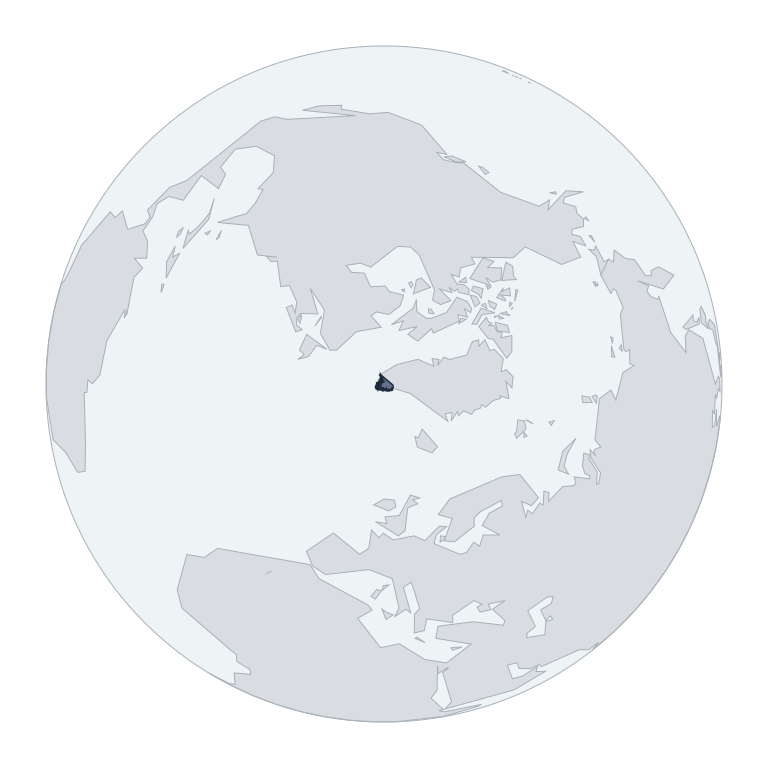 globe centered on Kommune Kujalleq, rotated 84°
{"feature_id": "GRL-2740", "entity_name": "Kommune Kujalleq", "entity_type": "state/province", "adm_level": 1, "iso_a3": "GRL", "parent_name": "Greenland", "parent_adm1": "", "projection": "orthographic", "projection_center": [-44.745, 61.276], "detail": "fine", "context": "on_globe", "style": "filled", "palette": "slate", "viewbox_px": 768, "rotation_deg": 84, "n_neighbors": 0, "source": "natural_earth", "source_scale": "10m", "svg_char_len": 16141}
<svg xmlns="http://www.w3.org/2000/svg" viewBox="0 0 768 768"><g transform="rotate(84 384 384)"><circle cx="384" cy="384" r="338" fill="#eef3f6" stroke="#a8b0b8"/><path d="M250.9,694.6L247.5,690.8L239.0,685.1L214.3,670.1L184.1,638.2L190.3,633.9L184.5,626.1L203.4,622.8L199.8,605.2L193.4,599.1L186.3,601.0L166.0,576.6L160.8,558.4L109.7,479.0L106.9,464.7L110.7,452.4L114.1,384.4L103.2,436.5L100.6,419.3L102.4,396.8L106.2,397.8L113.8,369.9L114.3,351.3L130.5,319.5L162.2,297.5L159.1,307.5L167.1,301.5L171.4,288.8L172.3,281.9L205.6,247.9L223.4,211.2L218.3,200.2L227.8,202.6L210.9,182.8L213.7,165.6L217.2,184.9L222.6,186.9L227.8,174.8L234.5,174.3L240.8,168.4L248.3,169.1L249.8,180.8L254.7,181.7L258.0,173.2L267.7,168.9L262.0,181.2L278.3,175.1L283.7,194.9L262.4,229.2L271.9,242.3L267.1,283.8L274.0,281.0L276.6,295.7L285.5,298.1L282.1,305.6L292.2,301.1L293.7,293.8L298.6,289.5L304.0,290.4L300.6,300.0L297.3,300.9L299.1,304.2L295.1,308.7L300.2,307.0L295.4,318.8L308.1,308.7L310.9,319.4L305.6,326.9L295.8,323.9L259.0,335.7L250.6,343.2L248.5,356.3L266.4,385.0L261.3,394.6L262.1,409.2L269.6,404.6L271.7,391.8L285.8,387.4L286.7,372.7L292.6,369.0L297.7,355.2L308.0,359.8L315.3,372.0L311.6,383.9L314.7,389.8L327.2,380.8L329.1,405.9L345.4,427.8L344.7,434.3L327.0,442.0L304.2,435.4L281.3,447.3L307.4,442.5L305.1,459.6L309.4,463.9L316.1,464.9L321.4,459.7L322.9,466.4L297.7,473.2L295.9,467.1L303.9,464.9L293.2,462.2L276.2,467.7L276.4,476.5L250.6,477.2L250.4,483.6L244.6,487.6L246.7,477.2L242.5,496.3L212.1,502.3L205.9,532.7L199.9,502.6L190.3,492.8L177.9,484.1L176.6,488.9L162.2,472.0L145.5,469.0L134.2,486.3L134.9,507.5L151.4,523.9L158.9,519.6L172.4,528.2L157.5,543.9L180.3,564.4L175.0,578.5L181.0,590.9L193.7,596.7L206.5,607.8L217.4,604.2L234.1,606.8L232.8,619.2L243.4,611.9L251.8,621.5L286.2,632.0L283.1,634.1L311.8,655.0L345.4,665.7L353.2,674.0L348.9,678.1L361.2,680.3L361.4,683.1L412.0,687.1L439.6,690.4L439.8,698.0L418.8,707.7L404.8,718.9L368.5,720.8L362.6,721.2L333.9,718.2L305.6,712.7L277.9,704.8L250.9,694.6ZM85.4,231.2L88.3,227.6L84.8,233.9L85.4,231.2ZM91.2,222.7L90.0,224.5L91.3,222.5L91.2,222.7ZM93.0,219.5L91.7,221.8L92.9,219.4L93.0,219.5ZM95.0,215.4L94.0,217.5L94.0,217.4L95.0,215.4ZM201.9,541.1L228.2,569.8L210.8,562.6L214.6,562.0L208.4,552.7L196.1,539.8L181.5,533.4L201.9,541.1ZM99.2,208.5L100.3,206.7L99.6,208.3L99.2,208.5ZM219.1,533.4L214.3,529.5L219.3,532.2L219.1,533.4ZM171.6,279.0L170.8,288.6L164.4,300.6L164.3,292.6L171.6,279.0ZM184.7,257.5L186.2,261.5L177.2,267.0L179.1,263.0L184.7,257.5ZM213.1,192.8L211.2,199.4L210.8,193.2L213.1,192.8ZM240.4,167.5L238.8,165.8L242.8,163.5L240.4,167.5ZM291.7,353.6L294.6,354.4L292.1,356.6L291.7,353.6ZM291.1,347.0L286.1,349.0L285.1,346.1L288.2,345.0L291.1,347.0ZM257.9,162.5L264.8,159.5L258.0,164.6L257.9,162.5ZM297.4,345.4L284.0,340.9L282.3,336.0L292.7,327.6L297.4,345.4ZM268.9,159.1L285.5,152.2L283.4,147.8L298.6,156.9L279.5,159.4L271.5,166.2L273.0,160.8L268.9,159.1ZM291.8,291.2L290.5,298.9L286.5,291.7L291.8,291.2ZM288.0,287.6L268.9,272.5L273.5,261.8L279.0,268.9L280.9,254.7L292.6,256.9L294.1,265.2L288.8,271.6L297.3,267.6L288.0,287.6ZM304.4,163.2L308.6,163.5L304.4,165.5L304.4,163.2ZM300.2,287.3L296.0,285.0L299.6,275.5L308.9,278.4L304.7,280.5L300.2,287.3ZM275.7,250.1L280.1,243.8L290.7,243.8L293.9,241.4L293.3,256.1L275.7,250.1ZM306.6,283.1L313.5,280.1L316.7,285.5L304.7,288.9L306.6,283.1ZM296.7,272.0L298.9,267.7L300.7,270.9L296.7,272.0ZM331.9,303.4L326.7,300.6L328.1,295.4L331.9,303.4ZM315.8,278.7L314.7,276.8L314.7,274.5L319.7,273.8L315.8,278.7ZM300.8,255.2L304.3,256.6L301.6,249.1L309.5,249.0L307.6,259.0L311.7,254.7L314.1,254.7L309.9,262.9L300.8,255.2ZM324.8,266.2L325.2,279.3L334.5,285.5L333.5,290.3L318.7,279.4L324.8,266.2ZM316.4,263.5L321.4,266.2L317.6,270.6L311.8,271.4L316.4,263.5ZM315.5,245.5L303.9,243.0L304.7,241.0L315.5,245.5ZM328.3,267.1L328.1,264.0L329.4,267.0L328.3,267.1ZM320.2,251.1L316.0,250.4L317.1,248.1L320.2,251.1ZM331.3,258.4L331.4,262.5L327.5,263.1L331.3,258.4ZM326.9,254.3L329.3,251.3L326.1,260.9L324.8,254.4L326.9,254.3ZM321.9,249.0L321.1,247.4L323.5,249.6L321.9,249.0ZM346.0,253.8L342.9,265.7L334.3,267.0L338.5,255.2L346.0,253.8ZM598.8,123.1L599.8,124.1L618.7,141.0L634.5,157.2L653.3,179.9L670.0,204.1L670.1,204.3L663.5,198.0L669.6,208.2L668.7,217.8L681.6,257.3L678.9,258.5L682.4,268.0L681.0,279.5L675.2,280.7L676.4,290.7L690.6,287.1L688.8,276.5L681.0,260.7L685.8,263.0L686.6,253.5L701.8,286.7L713.6,357.4L707.2,350.0L677.1,355.8L673.8,350.6L673.3,350.3L672.5,350.0L677.5,360.2L669.8,360.2L694.0,363.2L701.3,370.1L713.9,358.9L714.5,363.8L716.3,357.8L712.8,320.6L714.4,324.6L720.7,359.2L721.2,406.1L718.7,430.5L714.4,454.7L708.4,478.6L700.7,501.9L691.3,524.6L680.2,546.6L667.6,567.7L653.5,587.9L665.4,569.8L667.3,563.5L655.7,563.2L658.8,547.0L653.8,547.2L644.6,559.3L637.8,559.2L631.4,565.5L585.7,608.4L566.9,611.2L533.0,597.8L537.7,580.8L530.1,566.8L555.9,476.5L570.9,468.8L602.0,423.1L607.6,419.5L614.3,434.7L645.9,415.0L643.9,396.0L662.3,372.2L668.0,351.0L651.7,324.6L642.4,359.0L630.5,355.6L629.8,320.1L636.4,290.6L632.0,288.4L619.3,299.8L612.0,286.2L613.8,303.2L619.6,301.4L620.9,312.2L615.7,314.7L613.3,309.6L608.8,317.1L621.2,340.0L628.4,340.6L622.0,366.1L633.4,369.7L634.8,379.9L616.1,377.7L611.2,371.9L583.8,377.6L588.3,385.9L614.5,381.3L610.3,385.9L616.6,397.8L608.4,392.4L578.5,396.1L567.0,418.4L567.4,462.0L557.5,474.1L542.3,478.7L526.9,449.9L550.8,426.1L545.7,416.3L527.9,411.6L536.6,405.0L532.3,400.4L540.1,391.1L538.2,369.8L544.1,359.7L531.1,343.8L532.4,336.7L539.7,348.0L548.0,350.8L561.3,326.4L560.2,319.4L550.7,311.3L555.5,305.9L544.6,301.2L546.2,284.5L535.1,301.1L523.5,292.8L517.8,279.0L512.0,279.5L521.4,302.1L526.9,308.5L534.9,309.1L548.2,330.3L546.3,340.4L524.8,330.2L519.7,343.8L505.2,330.6L488.7,276.5L488.2,258.4L513.2,242.3L520.5,250.1L515.1,259.5L531.4,256.9L524.6,254.1L528.7,250.0L518.7,241.6L521.0,238.3L507.4,236.2L509.2,231.3L517.8,232.6L504.6,216.8L505.0,205.3L500.8,203.4L496.3,204.6L499.8,189.7L496.6,189.0L494.2,193.5L486.3,195.2L473.6,192.6L475.5,187.5L480.3,187.8L493.4,181.1L506.0,183.1L505.5,180.8L495.0,177.9L479.1,186.0L470.9,185.9L477.5,180.9L474.4,182.7L471.0,181.1L469.3,174.9L461.7,180.0L421.0,171.2L413.8,158.9L424.2,155.1L397.8,145.3L391.7,133.4L389.5,137.4L375.4,136.2L377.1,139.9L374.9,141.8L339.4,141.7L332.6,138.1L314.8,143.8L313.6,146.0L317.7,148.9L298.6,156.9L283.4,147.8L286.7,143.1L275.0,141.1L284.3,130.8L286.6,121.8L303.6,112.5L303.9,106.7L299.2,106.6L296.1,99.0L306.0,84.3L318.7,96.2L308.0,120.7L314.1,110.4L318.9,112.9L324.9,109.5L328.7,102.6L325.3,101.6L363.0,93.4L384.4,80.3L368.0,79.5L361.9,75.2L371.9,62.1L418.9,54.4L411.3,50.6L413.7,49.6L426.5,50.6L423.5,52.0L432.6,54.5L428.9,55.5L448.5,58.4L444.1,60.0L461.5,62.0L459.5,59.5L443.9,55.9L460.9,57.6L450.4,53.3L453.9,53.4L455.2,53.7L481.1,60.3L506.5,69.1L531.1,79.8L554.8,92.4L577.4,106.9L598.8,123.1ZM558.3,515.5L560.3,520.7L560.3,520.8L558.3,515.5ZM651.2,268.8L650.1,250.2L637.2,247.9L635.7,240.7L631.9,242.7L636.3,247.8L625.0,251.8L619.7,240.4L613.0,238.0L613.0,244.2L624.5,264.7L640.9,258.8L646.8,267.7L651.2,268.8ZM287.3,632.2L291.2,635.7L285.6,634.2L287.3,632.2ZM207.2,567.1L213.4,570.8L216.2,574.7L211.2,572.8L207.2,567.1ZM262.1,592.3L269.8,596.2L261.3,594.5L262.1,592.3ZM232.7,573.7L255.9,589.6L239.5,587.3L225.0,577.2L235.7,580.8L232.7,573.7ZM213.7,540.8L217.2,544.0L215.3,546.2L213.7,540.8ZM222.7,535.4L221.1,534.8L219.9,531.4L222.7,535.4ZM306.6,459.2L308.7,458.9L314.9,461.3L310.9,463.0L306.6,459.2ZM348.8,456.2L350.4,467.2L346.5,460.3L341.3,464.5L326.6,455.7L343.5,437.2L338.5,446.9L348.8,456.2ZM311.7,439.5L319.1,446.7L310.3,439.5L311.7,439.5ZM500.7,385.7L507.5,385.1L510.7,392.7L503.1,406.8L498.4,395.8L500.7,385.7ZM516.4,382.5L497.2,369.3L501.1,360.4L502.2,367.5L506.7,363.0L509.6,373.4L532.2,378.4L536.5,385.6L520.1,406.9L523.1,395.8L516.3,396.9L516.4,382.5ZM441.0,355.4L432.7,350.8L452.0,337.4L457.5,343.4L450.3,357.4L439.5,358.7L441.0,355.4ZM318.3,332.0L313.8,331.9L314.8,329.2L319.3,326.9L318.3,332.0ZM329.3,302.5L338.6,329.7L334.0,330.9L344.9,346.0L337.1,355.1L330.3,344.9L332.4,363.6L323.1,358.1L325.9,370.5L311.5,346.9L303.3,343.0L315.5,343.7L322.9,335.3L323.7,330.6L319.5,314.4L305.4,302.5L310.5,292.8L317.9,289.0L322.1,290.3L317.4,296.2L326.3,293.8L322.8,303.3L329.3,302.5ZM401.3,257.2L394.2,262.3L411.5,261.3L408.1,269.9L410.3,269.3L411.9,277.1L417.7,285.6L414.6,289.1L418.2,290.9L419.3,296.3L423.2,300.1L419.1,307.8L423.5,313.2L419.0,313.8L427.7,321.1L419.4,319.2L420.1,326.3L427.8,324.4L396.1,358.9L389.2,375.6L388.0,390.9L373.9,386.2L366.0,369.2L363.0,347.7L371.6,332.6L363.7,333.5L365.5,326.6L371.0,328.8L363.5,321.4L366.5,316.4L363.8,298.7L351.2,291.7L349.9,285.3L356.3,285.6L350.5,279.0L361.7,275.3L361.1,270.7L371.5,262.7L384.2,266.3L382.5,260.9L390.3,254.9L401.3,257.2ZM349.2,251.8L365.3,253.5L371.2,259.3L350.7,270.9L349.7,275.6L336.8,283.7L328.4,275.3L332.8,273.7L335.2,270.3L336.9,274.2L337.4,268.5L343.5,266.2L345.6,261.1L350.2,263.0L349.2,251.8ZM607.7,409.6L610.9,405.9L614.5,399.0L618.5,406.6L607.7,409.6ZM587.6,412.6L589.5,408.2L597.0,415.1L593.7,419.1L587.6,412.6ZM584.3,400.2L589.1,407.4L584.5,405.9L584.3,400.2ZM540.9,343.7L542.2,338.9L544.9,340.1L547.1,344.7L540.9,343.7ZM452.0,257.8L447.0,259.3L445.8,257.3L433.8,254.6L435.4,248.3L443.3,247.4L452.0,257.8ZM653.8,333.9L655.9,343.7L653.4,345.1L653.2,341.5L653.8,333.9ZM639.2,377.6L645.6,370.2L640.2,379.8L639.2,377.6ZM451.7,250.4L446.6,250.0L450.6,247.1L451.7,250.4ZM436.0,243.6L439.5,239.7L434.2,247.2L436.0,243.6ZM458.1,198.8L473.0,209.3L484.7,213.4L493.0,209.9L487.7,219.7L469.6,213.3L458.1,198.8ZM425.4,174.9L418.2,178.5L417.0,174.5L418.4,173.1L425.4,174.9ZM424.1,178.9L423.4,188.2L416.6,188.6L418.4,181.1L424.1,178.9ZM438.3,218.5L442.6,222.0L439.2,224.1L438.3,218.5ZM395.1,47.1L395.4,47.7L387.0,47.6L389.2,47.2L395.1,47.1ZM359.9,49.1L384.9,47.9L404.9,48.1L400.1,47.5L407.1,47.2L412.8,48.4L396.7,48.6L382.0,48.5L377.1,49.9L364.7,51.3L363.3,54.0L357.0,55.6L353.8,53.2L359.9,49.1ZM363.3,55.3L356.3,62.0L341.8,61.9L340.0,60.4L349.4,57.2L356.5,57.4L363.3,55.3ZM350.4,63.7L357.2,64.1L361.4,77.8L358.6,80.8L347.8,69.6L353.6,69.5L355.2,66.4L350.4,63.7ZM308.7,160.7L308.6,163.2L305.9,161.5L308.7,160.7ZM376.2,143.9L372.9,146.2L369.8,143.8L376.2,143.9ZM361.9,151.5L367.7,152.5L360.8,153.6L361.9,151.5ZM380.8,154.6L369.6,153.9L381.4,151.6L380.8,154.6Z" fill="#d9dde1" stroke="#a8b0b8" stroke-width="1"/><path d="M388.3,375.2L388.4,375.5L389.5,375.9L389.6,376.2L389.8,375.9L390.4,376.2L390.6,376.6L390.5,376.8L390.0,376.4L390.2,376.8L390.5,377.2L390.8,377.0L390.8,377.3L391.1,377.3L390.6,377.4L389.5,376.7L388.8,376.6L388.8,376.8L389.4,377.1L389.9,377.7L390.8,377.7L390.6,378.0L390.8,378.3L390.7,378.7L390.7,379.0L390.1,379.4L390.4,379.5L390.1,379.9L390.7,379.5L391.3,379.5L391.0,380.1L390.5,380.1L391.1,380.4L390.7,381.0L390.0,381.2L389.5,380.7L389.2,381.0L389.5,380.9L390.0,381.4L391.0,381.3L390.6,381.5L390.8,381.8L390.4,381.8L390.6,381.9L390.4,381.9L390.5,382.2L388.7,382.1L389.1,382.4L390.2,382.4L390.2,382.7L390.3,382.9L390.4,383.0L390.5,382.9L390.6,383.1L389.8,383.7L390.0,383.8L388.2,383.6L389.6,383.9L389.2,384.1L389.9,384.0L390.2,384.4L389.6,384.5L389.2,384.3L388.4,384.3L389.8,384.7L390.0,384.9L387.2,384.8L389.0,385.1L388.9,385.2L389.8,385.2L389.6,385.3L390.0,385.5L389.5,385.5L389.6,385.8L389.8,385.9L388.9,386.3L387.6,385.9L387.6,386.1L389.6,386.7L387.5,386.5L389.7,387.1L389.2,387.6L388.2,387.5L388.3,387.6L389.3,387.8L389.3,387.7L389.8,387.4L389.6,387.8L388.6,387.9L389.6,388.0L388.6,388.2L388.9,388.5L388.2,388.2L388.7,388.7L388.4,388.7L387.5,388.3L387.0,387.2L387.0,387.5L387.3,388.2L385.9,388.0L385.7,387.7L385.7,387.9L385.6,388.0L386.6,388.3L386.7,388.9L386.8,388.6L387.0,388.4L388.1,388.8L387.4,389.7L387.8,389.4L388.1,389.5L387.9,389.3L388.0,389.2L388.6,389.1L388.6,389.4L388.0,389.3L388.8,389.6L388.6,389.8L388.8,390.0L388.4,389.9L388.1,390.2L388.8,390.3L388.6,390.3L388.8,390.5L388.5,390.5L388.8,390.7L388.9,390.9L388.8,391.0L387.4,390.7L387.3,390.4L387.2,390.6L386.2,390.4L385.7,390.5L385.7,390.2L386.2,389.7L385.9,389.2L385.9,389.8L385.7,390.0L385.4,389.6L385.5,390.2L385.3,390.1L385.4,390.4L384.8,390.7L384.5,391.6L384.2,391.4L384.2,390.9L384.1,391.5L383.8,391.4L383.6,390.8L383.7,390.6L383.5,390.9L383.7,391.4L383.3,391.3L383.4,391.1L383.2,390.9L382.7,391.0L383.0,390.6L384.0,390.3L383.7,390.2L384.6,388.9L384.8,388.2L383.7,389.9L383.6,390.2L383.0,390.4L382.7,390.7L382.8,390.4L382.6,390.5L382.7,390.3L383.5,389.6L383.4,389.4L383.7,388.7L383.4,388.7L383.9,388.1L383.9,387.7L384.3,387.2L383.8,387.5L383.7,388.1L383.3,388.6L382.6,388.9L382.4,388.8L382.5,388.5L383.1,387.6L382.6,387.8L382.6,388.1L381.8,388.6L382.2,387.9L382.9,387.2L382.4,387.5L382.3,387.2L382.2,387.7L381.9,387.8L381.9,388.2L381.6,388.7L381.5,388.3L381.3,388.4L381.5,388.0L381.1,388.0L381.5,387.7L381.0,387.8L380.9,388.3L380.8,388.2L380.7,388.4L380.6,388.1L380.4,388.1L381.6,387.4L380.8,387.4L381.6,387.0L381.5,386.9L382.2,386.2L382.5,386.2L382.2,386.0L382.3,385.7L382.1,385.6L382.1,385.9L381.2,387.0L380.7,387.0L380.7,386.9L381.1,386.6L380.8,386.5L380.4,386.6L380.3,387.2L379.8,387.1L379.8,386.9L380.2,386.8L380.8,386.2L379.9,386.6L380.7,386.0L381.8,385.7L382.5,385.0L382.7,384.5L382.2,385.1L381.8,384.2L381.9,385.0L381.5,385.5L381.0,385.9L380.3,386.1L380.2,386.0L380.3,386.0L380.1,385.7L381.3,385.2L381.1,385.0L381.3,384.9L381.2,384.8L381.5,384.8L381.1,384.7L380.8,384.3L381.3,383.7L381.0,383.7L380.6,384.2L380.1,384.1L380.9,384.7L380.6,384.8L380.7,385.0L380.3,385.3L379.6,385.1L380.1,385.5L379.7,385.7L379.6,385.3L379.2,385.0L379.3,385.3L379.1,385.3L379.2,385.5L378.8,385.5L378.9,385.8L378.5,385.6L378.7,386.1L378.6,385.9L378.5,386.1L378.3,385.8L378.4,386.1L377.9,385.9L378.4,386.2L377.9,386.7L377.7,386.7L377.8,386.5L377.6,386.6L378.0,386.2L377.4,386.4L377.4,386.2L377.8,385.9L377.3,385.8L377.5,385.7L376.8,386.1L376.7,385.7L376.0,386.1L375.4,385.9L375.1,386.2L375.5,386.2L375.3,386.3L376.1,386.1L376.6,386.3L376.3,386.5L374.8,386.3L374.8,386.1L374.5,386.4L374.0,386.4L375.4,385.6L375.6,385.4L375.0,385.4L375.8,385.0L386.0,375.3L388.3,375.2ZM386.0,390.5L388.8,391.1L388.7,391.3L388.5,391.5L388.1,391.1L387.4,391.0L387.7,391.3L387.4,391.9L387.2,391.5L387.0,391.8L386.4,391.5L387.0,391.1L386.4,391.2L385.8,390.7L386.0,390.5ZM386.3,391.6L387.3,392.4L386.8,392.6L386.8,392.2L386.5,392.7L386.4,392.6L386.5,392.1L386.2,392.6L385.9,392.5L386.3,391.6ZM375.1,386.9L375.6,386.9L374.9,387.3L374.9,387.0L374.4,387.1L374.0,386.5L374.6,386.4L375.3,386.6L375.1,386.9ZM378.8,386.8L378.0,386.9L379.8,385.9L379.9,386.1L378.8,386.8ZM382.8,389.3L382.7,389.9L382.0,390.4L382.2,389.2L382.8,389.3ZM385.2,391.6L384.9,391.8L385.1,391.0L384.7,391.5L384.9,390.7L385.3,390.8L385.6,391.2L385.3,391.7L385.2,391.5L385.3,391.3L385.2,391.3L385.2,391.6ZM386.2,391.6L385.8,392.1L385.7,391.6L385.6,392.1L385.2,392.3L385.0,392.1L385.6,391.4L386.2,391.6ZM378.9,387.3L379.7,387.0L379.2,387.2L379.4,387.5L378.9,387.3ZM388.0,391.3L388.0,391.8L387.8,391.7L387.6,392.0L387.8,391.3L388.0,391.3ZM390.6,376.2L391.0,376.2L391.1,376.6L390.8,376.6L390.6,376.2ZM385.8,391.3L385.5,390.8L385.6,390.5L385.8,391.0L386.2,391.2L385.8,391.3ZM389.4,386.1L390.1,386.1L389.1,386.3L389.4,386.1ZM391.4,380.3L391.4,380.6L391.2,380.7L391.3,380.9L390.9,381.0L391.4,380.3ZM380.4,387.8L380.5,387.5L381.0,387.6L380.4,387.8ZM380.6,387.3L380.4,387.4L380.1,387.7L379.8,387.5L379.9,387.4L380.6,387.3ZM382.9,389.7L383.3,388.9L383.5,388.9L383.2,389.5L382.9,389.7ZM383.1,389.3L382.9,389.2L383.3,388.9L383.1,389.3ZM388.5,391.6L388.3,391.9L388.2,391.7L388.1,392.0L388.2,391.5L388.5,391.6ZM378.9,385.6L379.2,385.7L379.2,385.9L378.9,385.9L378.9,385.6ZM379.5,386.6L379.3,386.8L379.2,386.7L379.4,386.6L379.5,386.6ZM378.5,387.1L378.8,386.9L378.9,387.0L378.5,387.1ZM377.2,386.5L377.0,386.4L377.3,386.3L377.2,386.5ZM376.5,386.7L376.9,386.8L376.5,386.7ZM382.4,390.7L382.5,390.4L382.6,390.5L382.4,390.7ZM384.4,391.7L384.6,391.6L384.6,391.8L384.4,391.7ZM390.3,382.9L390.6,382.6L390.4,382.9L390.3,382.9ZM382.1,388.7L382.1,389.0L382.1,388.7ZM377.0,386.2L377.2,385.9L377.3,385.9L377.3,386.1L377.0,386.2ZM377.4,386.6L377.5,386.8L377.4,386.7L377.4,386.6ZM377.0,386.2L376.9,386.4L376.9,386.2L377.0,386.2ZM376.9,386.6L377.0,386.5L376.9,386.6ZM377.4,386.1L377.5,386.0L377.7,385.9L377.6,386.0L377.4,386.1Z" fill="#64748b" stroke="#1e293b" stroke-width="1.5"/></g></svg>